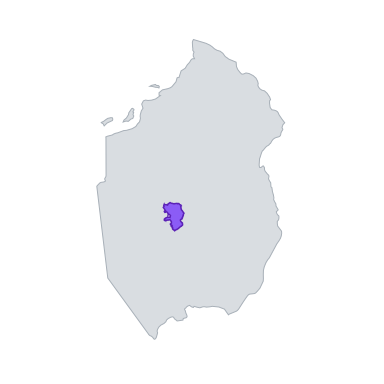 location of Ikungi, Singida, United Republic of Tanzania, rotated 234°
{"feature_id": "72390352B5494870713744", "entity_name": "Ikungi", "entity_type": "district", "adm_level": 2, "iso_a3": "TZA", "parent_name": "United Republic of Tanzania", "parent_adm1": "Singida", "projection": "mercator", "projection_center": [34.477, -5.124], "detail": "fine", "context": "in_parent", "style": "filled", "palette": "violet", "viewbox_px": 384, "rotation_deg": 234, "n_neighbors": 0, "source": "geoboundaries", "source_scale": "gbopen_adm2", "svg_char_len": 7712}
<svg xmlns="http://www.w3.org/2000/svg" viewBox="0 0 384 384"><g transform="rotate(234 192 192)"><path d="M148.6,259.2L145.0,257.3L141.7,256.1L139.1,254.8L137.9,253.6L135.4,253.1L133.2,252.9L131.2,251.7L127.1,251.3L126.6,250.5L126.6,248.8L125.9,248.3L124.4,247.9L122.7,247.9L121.8,248.2L121.2,248.0L119.8,247.0L118.6,245.7L118.1,243.7L116.2,242.4L114.1,241.3L108.0,241.4L107.1,241.1L105.7,240.1L104.0,238.4L102.6,236.4L101.4,233.7L100.2,230.2L93.3,215.9L92.6,213.2L91.3,210.2L89.0,206.5L86.7,203.8L83.5,201.3L79.9,198.8L78.0,197.2L74.3,190.5L73.5,187.3L72.9,184.1L73.2,182.7L75.5,178.6L75.7,177.4L75.4,175.8L74.3,172.5L72.8,168.4L69.9,161.0L69.5,159.2L69.5,157.8L71.3,150.3L71.2,149.3L78.2,149.4L83.2,146.1L87.6,141.2L88.5,139.2L90.3,136.1L92.0,134.5L92.7,133.4L93.7,130.3L96.0,128.2L98.3,126.5L97.8,125.4L98.1,125.0L99.4,124.1L101.7,123.4L102.2,121.7L102.2,119.9L101.8,118.8L101.9,117.6L101.5,117.0L100.0,116.8L97.7,115.9L95.7,115.5L94.4,115.0L93.9,114.5L93.7,113.4L94.8,110.6L93.7,109.4L96.1,104.7L96.5,104.1L97.4,104.0L98.8,103.5L100.1,103.3L101.1,103.5L101.9,103.3L102.6,102.7L103.2,101.1L103.6,98.5L103.4,96.3L102.4,94.6L102.1,92.0L102.6,88.6L102.2,85.7L101.1,83.4L100.0,82.0L98.3,81.4L95.5,77.9L94.7,76.2L94.9,75.1L95.8,74.7L97.5,74.8L99.2,74.4L100.7,73.5L102.2,73.2L102.9,73.3L171.9,73.3L252.5,118.3L252.8,118.9L253.5,122.7L253.3,124.0L252.1,126.3L251.7,127.5L251.7,128.3L252.0,128.6L253.1,128.7L254.0,129.2L254.3,129.6L255.0,131.3L255.9,132.2L286.5,154.3L287.2,154.6L286.8,156.5L285.0,161.0L284.9,162.9L284.3,165.1L283.6,166.5L281.8,172.9L280.4,175.2L278.4,180.8L278.0,185.1L279.1,188.0L279.6,190.8L281.9,193.6L283.8,194.6L285.1,195.8L287.4,198.7L288.6,201.6L292.7,203.0L294.3,206.2L293.7,208.4L291.9,210.2L290.1,213.2L288.7,217.1L288.6,223.1L289.6,222.2L291.7,223.7L292.0,228.1L289.8,233.2L289.1,235.6L289.0,237.7L290.6,243.9L293.1,247.0L292.9,248.0L292.3,248.8L296.4,254.4L296.1,259.2L297.7,263.0L298.3,266.2L299.4,268.7L299.6,270.5L298.3,272.4L301.3,272.9L303.1,274.4L304.0,275.9L306.2,275.9L307.4,276.9L309.1,277.8L312.9,280.3L313.9,281.5L314.5,282.8L304.1,290.7L300.3,292.8L297.6,293.7L294.7,294.3L292.0,295.5L289.4,297.5L286.1,298.5L282.1,298.5L277.8,299.9L271.1,304.0L267.3,301.7L264.2,301.0L260.7,301.1L258.6,301.4L257.8,301.9L257.1,303.3L256.6,305.6L254.3,307.8L250.2,309.9L246.5,310.7L243.1,310.2L240.8,309.3L239.6,308.0L237.9,307.5L235.5,307.6L233.3,308.4L231.2,310.1L227.7,310.8L223.1,310.6L220.5,309.8L220.2,308.4L218.1,306.8L214.4,304.9L211.6,304.9L209.8,306.7L208.2,307.8L206.8,308.3L205.4,308.3L203.5,307.8L198.4,307.6L193.5,307.7L193.0,305.1L191.9,303.6L191.1,302.6L189.4,302.4L188.9,301.7L188.3,300.1L187.5,298.7L186.4,297.6L185.7,296.6L185.5,295.6L185.7,294.5L186.7,291.9L187.0,290.1L186.9,288.3L186.3,286.4L185.2,284.1L185.3,283.5L184.9,281.9L184.9,280.9L185.1,279.5L184.9,277.8L183.9,274.0L183.9,273.1L182.8,271.2L179.6,266.9L179.4,266.4L174.3,262.1L172.2,261.1L171.5,261.9L171.2,262.7L171.5,264.1L171.3,264.7L171.1,265.1L169.9,265.0L169.1,264.9L167.2,263.7L165.7,263.4L162.0,263.6L160.6,263.9L159.6,263.6L157.6,261.6L155.3,261.2L153.2,261.1L149.8,258.9L148.6,259.2ZM293.2,187.4L294.9,192.1L294.7,193.0L293.5,193.5L292.9,193.6L292.2,192.8L291.6,191.2L290.7,191.6L289.2,189.7L287.7,189.6L286.3,187.3L286.9,185.4L286.6,182.0L288.2,180.3L289.1,177.4L290.2,179.3L290.4,182.4L291.9,186.1L293.2,187.4ZM301.4,159.3L301.5,160.5L301.1,161.5L301.2,164.8L301.1,167.1L299.8,170.1L298.8,171.2L297.9,170.9L297.1,170.4L296.6,169.6L297.7,163.9L297.1,159.8L299.5,160.2L301.4,159.3ZM298.0,227.3L296.8,227.6L296.3,227.3L295.6,226.4L296.9,225.6L298.1,224.1L300.9,221.8L302.3,220.0L302.1,221.8L300.5,225.6L299.1,225.9L298.0,227.3Z" fill="#d9dde1" stroke="#a8b0b8" stroke-width="1"/><path d="M198.4,162.3L198.2,162.0L197.7,161.2L197.2,161.0L196.9,161.0L196.8,160.9L196.7,160.7L196.7,160.4L196.6,160.1L196.5,159.9L196.4,159.7L195.4,159.7L195.1,159.7L194.2,159.7L193.6,159.6L193.3,159.5L193.0,159.5L192.8,159.5L192.7,159.5L192.7,159.4L192.7,159.1L192.7,158.9L192.7,158.6L192.7,158.4L192.6,158.2L192.4,158.2L192.2,158.1L191.7,158.1L191.4,158.1L191.3,158.3L191.2,158.8L191.3,159.6L191.2,159.6L190.7,159.8L190.4,160.0L190.1,160.0L189.7,160.0L189.2,160.0L188.8,160.1L188.6,160.1L188.3,159.8L188.2,159.8L188.2,159.7L187.9,159.6L187.6,159.3L187.5,159.2L187.5,159.3L187.3,159.6L187.3,160.0L187.2,160.4L187.1,160.6L186.6,160.6L186.0,160.7L185.5,160.7L185.4,160.6L185.3,160.3L184.8,159.8L184.5,159.4L184.4,159.3L184.6,159.2L184.9,158.7L185.1,158.6L185.2,158.4L185.3,158.3L185.5,157.9L185.8,157.8L186.0,157.7L186.1,156.8L186.2,156.5L186.3,156.1L186.3,155.9L186.4,155.6L186.4,155.4L186.4,155.2L186.5,155.1L186.5,154.9L186.4,154.7L186.4,154.2L186.3,153.9L186.1,153.8L186.2,153.7L185.9,153.4L185.8,153.2L185.7,153.1L185.3,153.0L185.0,153.1L184.8,153.3L184.8,153.6L184.5,154.0L184.4,154.0L184.5,154.1L184.3,154.4L184.2,154.6L184.0,154.9L183.9,155.1L183.6,155.9L183.3,156.1L183.0,157.0L182.9,157.1L182.9,157.3L182.8,157.5L182.5,157.7L182.3,157.9L182.2,157.9L181.7,157.9L181.3,158.0L181.1,157.9L180.6,157.9L180.4,157.8L180.2,157.7L180.1,157.8L180.0,157.7L179.9,157.6L179.7,157.5L179.4,157.4L179.1,157.3L179.0,157.2L178.7,156.4L178.9,155.8L178.8,155.7L178.7,155.8L178.6,155.7L178.1,155.7L177.9,155.5L177.6,155.5L177.4,155.7L177.3,155.8L177.2,155.7L177.2,155.8L176.9,156.0L176.9,155.9L176.7,155.7L176.4,155.5L176.2,155.6L175.8,155.5L175.7,155.5L175.4,155.5L175.4,155.4L175.2,155.5L175.0,155.4L174.9,155.3L174.9,155.2L174.7,155.2L174.3,155.1L174.2,155.2L173.9,155.0L173.7,154.6L172.9,154.6L172.5,154.8L172.3,154.8L172.0,155.0L171.5,155.1L171.4,155.2L170.8,155.2L170.8,155.3L171.0,155.9L170.9,156.1L170.8,156.3L170.8,156.5L170.8,156.9L170.8,157.3L170.7,157.6L170.5,157.8L170.5,158.0L170.6,158.3L170.6,158.6L170.5,159.0L170.5,159.4L170.4,159.6L170.5,159.8L170.5,160.1L170.7,160.7L170.7,161.0L170.7,161.5L170.7,161.8L170.7,162.0L170.7,162.4L170.7,162.6L170.7,162.8L170.8,163.1L170.7,163.2L170.8,163.3L170.7,163.8L170.7,164.0L170.7,164.3L170.7,164.5L170.8,164.8L170.9,165.1L171.0,165.2L171.3,165.2L171.5,165.3L171.9,165.6L172.0,165.6L172.1,165.8L172.4,165.9L172.5,165.9L172.8,165.9L172.8,166.0L173.0,166.0L173.1,165.9L173.3,165.8L173.6,165.8L173.7,165.7L173.9,165.7L174.0,165.7L174.3,165.7L174.6,165.7L174.8,165.6L175.2,165.7L175.5,165.8L175.8,165.9L176.0,166.0L176.3,166.3L176.4,166.6L176.4,166.9L176.3,167.0L176.3,167.3L176.3,167.5L176.3,167.8L176.1,167.9L176.1,168.0L176.4,168.2L176.4,168.3L176.4,168.5L176.6,168.7L176.6,168.8L176.9,168.9L176.9,169.0L177.0,169.1L177.0,169.4L177.2,169.7L177.3,169.8L177.6,170.0L177.6,170.3L177.8,170.4L177.8,170.5L178.0,170.7L178.1,170.9L178.1,171.1L178.4,171.2L178.6,171.4L178.7,171.6L178.8,171.7L179.0,171.9L179.2,172.4L179.3,172.6L179.4,172.8L179.5,173.0L180.0,173.1L180.3,173.0L180.8,173.0L181.1,173.0L181.5,173.1L182.4,173.1L182.9,173.1L183.3,173.0L183.6,173.0L183.8,173.0L184.4,173.2L185.2,173.5L185.4,173.6L185.6,173.7L185.7,173.8L186.0,174.0L186.3,174.1L186.7,174.4L186.9,174.4L187.0,174.5L187.1,174.9L187.1,175.2L187.9,175.2L188.0,175.3L188.3,175.2L188.5,175.0L188.6,174.9L188.8,174.8L189.2,174.6L189.6,174.6L190.2,174.6L190.3,174.6L190.5,174.5L190.6,174.3L190.9,173.7L191.0,173.4L191.3,173.4L191.5,173.3L191.7,173.1L191.9,172.6L192.0,172.4L192.5,171.6L192.8,171.1L192.8,170.9L192.9,170.6L193.3,170.2L193.6,170.0L193.7,169.9L193.8,169.8L194.1,169.7L194.3,169.4L194.5,169.2L195.0,168.7L195.5,168.4L196.3,168.1L196.4,167.9L196.3,167.6L196.3,167.3L196.3,167.0L196.3,166.9L196.4,166.7L196.4,166.3L196.4,166.2L196.4,165.9L196.3,165.7L196.3,165.4L196.3,165.2L196.1,165.1L195.9,164.9L195.8,164.7L195.8,164.4L196.0,164.2L196.5,164.0L196.8,163.8L196.9,163.7L197.1,163.5L197.2,163.3L197.5,162.9L197.8,162.5L198.0,162.2L198.4,162.3Z" fill="#8b5cf6" stroke="#5b21b6" stroke-width="1.5"/></g></svg>